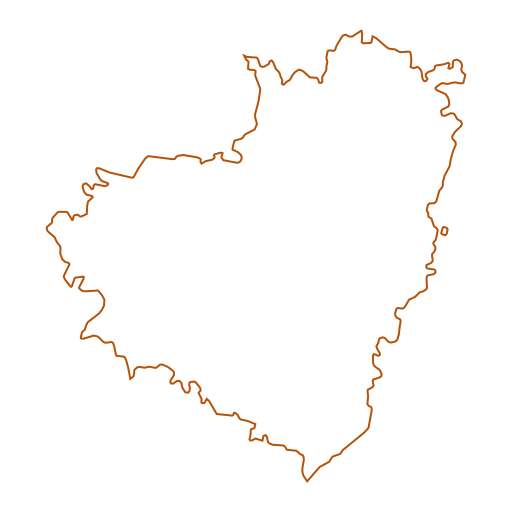 outline of Samara
{"feature_id": "RUS-2392", "entity_name": "Samara", "entity_type": "Region", "adm_level": 1, "iso_a3": "RUS", "parent_name": "Russia", "parent_adm1": "", "projection": "orthographic", "projection_center": [50.566, 53.218], "detail": "fine", "context": "isolated", "style": "outline", "palette": "amber", "viewbox_px": 512, "rotation_deg": 0, "n_neighbors": 0, "source": "natural_earth", "source_scale": "10m", "svg_char_len": 5909}
<svg xmlns="http://www.w3.org/2000/svg" viewBox="0 0 512 512"><path d="M361.2,30.7L361.6,30.9L362.2,34.5L361.8,42.3L363.3,43.3L370.7,42.9L371.5,42.0L372.6,36.3L376.4,38.3L386.5,47.2L389.1,48.7L395.1,49.4L398.7,51.6L401.0,52.2L408.8,51.6L410.3,52.3L411.1,55.8L411.3,61.3L410.6,67.0L413.9,68.3L417.3,66.8L419.8,68.7L421.4,71.2L422.5,78.6L424.0,81.1L425.8,81.1L427.4,79.2L427.3,78.5L425.9,76.7L425.8,74.1L428.4,71.9L432.6,70.5L434.0,69.5L434.7,68.6L434.7,66.9L435.6,65.6L443.9,64.3L448.3,62.8L449.5,64.0L448.4,68.1L449.8,68.8L452.5,67.3L452.9,66.3L452.9,61.8L453.8,60.4L456.9,59.6L459.8,61.1L461.2,62.7L461.7,64.2L462.0,65.6L461.3,69.8L461.9,71.7L465.3,74.8L463.4,82.8L461.2,83.5L454.6,82.3L447.5,84.0L442.2,83.1L440.2,84.1L435.5,87.7L435.5,88.6L436.8,90.2L445.6,94.1L447.7,97.1L448.8,100.0L449.3,104.4L448.2,106.6L442.1,109.6L441.1,110.7L441.5,113.9L442.2,115.4L444.8,115.9L450.8,113.2L453.5,113.6L454.7,114.6L457.3,119.2L460.9,121.3L461.7,122.9L461.8,124.1L460.9,126.3L455.2,131.6L452.2,136.4L452.5,138.7L455.4,141.9L455.8,144.6L452.9,151.6L450.6,160.1L449.6,166.3L444.7,175.4L442.7,182.9L442.9,184.9L442.3,187.0L439.3,190.8L436.2,201.6L434.3,203.2L429.7,203.4L428.8,203.9L428.0,204.9L426.9,209.0L426.9,211.0L428.1,212.5L428.4,216.6L431.4,218.6L434.0,226.3L436.9,228.5L437.7,230.2L436.2,238.3L435.4,240.3L433.4,242.4L433.5,244.1L435.1,246.4L435.4,248.8L434.8,250.9L432.1,254.1L432.1,256.3L432.7,259.6L432.5,261.4L430.8,263.1L426.5,265.1L426.2,266.9L427.1,268.3L428.0,268.6L434.5,269.5L435.4,270.7L435.5,272.4L433.9,274.1L427.9,275.4L426.8,276.7L426.5,279.2L427.0,287.2L426.8,288.5L426.1,289.4L423.4,291.2L419.6,292.4L414.9,297.0L409.1,299.7L405.0,306.6L403.7,307.9L402.6,308.6L397.6,308.0L396.2,309.1L395.1,313.6L395.4,315.8L396.9,317.8L400.1,319.3L400.5,320.3L400.5,322.4L399.8,325.8L398.8,334.7L397.1,340.1L395.1,341.6L390.6,342.6L388.4,341.8L384.8,338.0L382.5,337.3L379.6,338.4L378.8,340.1L378.3,342.9L376.4,346.2L377.2,348.8L379.9,353.4L379.9,354.9L378.3,355.8L373.9,354.1L372.9,355.8L373.0,362.3L373.5,364.6L375.0,366.6L379.4,369.7L380.6,371.6L381.7,374.5L381.1,376.4L379.6,377.4L373.1,379.6L372.7,381.3L373.6,385.3L373.1,386.3L372.2,387.4L367.8,389.7L367.6,391.4L368.1,396.7L367.4,404.0L368.4,405.6L371.3,407.3L371.8,409.8L368.5,427.9L364.2,432.6L342.9,450.0L340.0,454.0L333.3,456.3L331.8,457.5L329.0,461.9L319.6,467.0L307.2,481.3L303.6,476.0L302.5,472.5L302.3,468.7L303.8,460.0L303.7,457.4L302.8,455.3L299.8,453.9L298.2,452.1L296.0,450.7L287.3,449.8L286.5,449.3L285.1,446.8L283.4,445.5L272.4,444.7L269.3,443.3L267.9,441.9L266.9,436.7L265.7,435.2L263.6,435.8L262.4,440.7L255.4,438.5L252.1,440.4L250.1,440.4L249.5,439.3L250.4,435.7L250.9,429.4L254.4,428.1L255.3,424.1L247.5,420.9L240.8,419.5L239.2,418.1L237.8,415.0L235.0,412.7L233.9,412.9L233.3,414.9L232.2,415.6L216.7,414.0L209.2,401.1L206.7,398.9L204.7,402.6L204.0,403.1L202.0,403.1L201.4,402.4L201.5,398.6L198.8,393.6L198.7,392.7L200.6,390.4L200.5,389.1L199.6,387.1L195.5,382.2L194.2,381.6L190.8,381.9L189.5,382.7L189.1,384.1L189.9,388.2L189.5,390.9L188.1,392.7L185.3,392.3L182.3,387.6L181.4,382.9L179.4,380.8L177.0,381.0L173.2,383.6L171.2,383.5L170.6,382.9L170.3,382.2L170.6,380.5L174.0,374.9L173.9,372.3L173.1,370.9L167.8,366.9L162.4,364.6L160.2,364.6L155.8,367.9L149.0,366.7L144.7,367.7L139.4,366.9L137.2,367.4L134.4,369.9L134.0,374.5L133.4,376.4L130.3,378.9L128.2,367.6L126.4,361.0L125.1,357.9L124.0,356.7L116.4,355.7L115.8,354.3L114.3,346.7L113.2,343.3L112.4,342.4L111.5,342.0L105.6,342.8L103.4,342.0L99.2,337.7L96.9,336.2L93.6,335.6L83.6,338.7L81.1,338.5L80.7,337.7L82.0,332.3L85.0,329.3L86.1,325.5L87.8,322.2L99.1,313.4L101.8,310.0L104.0,305.7L104.4,299.8L102.0,295.2L98.0,290.5L85.8,291.3L82.6,291.0L79.7,289.0L79.1,287.8L79.2,287.2L83.5,278.8L83.8,277.0L83.2,276.6L75.1,277.7L74.3,279.1L71.9,286.2L71.1,286.8L70.3,286.4L64.8,279.2L63.8,277.0L64.1,275.3L65.6,272.1L69.4,264.6L69.2,263.6L68.7,263.0L65.2,261.9L62.7,259.8L61.9,258.3L60.3,253.6L60.5,248.0L60.1,246.2L57.0,242.3L54.6,237.2L48.6,232.1L47.0,230.1L46.7,227.7L47.6,226.4L51.6,223.1L52.2,221.7L52.0,219.6L52.6,217.9L57.6,212.3L59.4,211.8L66.6,211.9L67.6,212.5L72.2,220.1L72.9,219.6L73.6,216.2L74.7,215.2L77.8,214.7L79.9,216.4L81.1,216.6L86.8,214.0L87.2,205.6L88.0,201.6L92.7,197.3L92.2,196.2L91.4,195.8L86.8,194.8L84.7,192.8L83.5,190.3L82.6,186.5L83.2,184.4L86.1,183.3L89.0,185.7L91.7,189.1L92.4,189.1L93.3,188.1L93.8,185.3L95.1,184.2L105.0,186.2L107.6,185.1L108.1,184.2L108.1,183.5L107.4,183.0L102.3,181.2L100.5,179.8L96.6,173.2L96.1,169.6L97.1,168.2L99.3,168.3L109.5,172.5L131.3,177.6L133.5,177.4L138.2,168.7L145.0,158.8L148.1,156.1L172.6,159.2L175.0,158.8L176.2,156.9L177.7,155.9L183.1,155.0L196.5,157.2L199.3,158.2L200.7,159.2L200.5,162.1L201.5,163.6L205.8,161.1L212.1,159.8L213.9,158.5L214.7,157.3L214.0,155.5L214.5,154.4L220.7,152.6L222.6,153.2L221.6,156.0L221.5,157.6L223.3,160.2L237.1,162.8L239.5,162.1L240.7,160.9L241.6,158.8L241.7,157.1L240.8,154.9L238.1,152.2L232.6,149.7L232.6,148.0L234.2,141.5L234.7,140.6L241.4,138.7L243.3,137.1L243.8,136.0L245.3,134.3L254.6,129.5L257.0,124.0L255.2,117.6L255.1,114.1L258.6,101.1L260.2,90.0L260.1,88.4L255.2,75.6L255.6,70.9L254.2,70.1L249.3,69.6L248.0,68.8L248.5,62.2L248.2,61.3L246.0,59.4L244.2,55.7L246.9,56.9L256.6,57.6L257.9,59.1L260.2,65.9L262.0,66.9L264.2,66.6L268.1,64.4L268.7,64.0L269.8,61.3L271.7,60.5L273.4,62.8L275.8,68.9L278.5,71.5L279.7,73.5L280.6,76.6L282.3,80.1L281.9,83.7L283.1,84.6L283.8,84.6L286.2,82.1L290.0,79.8L292.4,75.3L294.9,72.2L298.0,70.1L299.7,69.7L303.0,71.1L309.9,77.4L316.8,77.8L318.2,79.6L319.1,82.6L321.2,82.9L322.3,81.8L322.1,77.9L322.4,76.7L326.1,70.6L326.4,68.9L326.5,65.9L327.4,61.6L326.3,57.9L327.6,51.3L329.3,50.3L333.5,50.9L335.1,49.9L336.5,45.9L338.1,43.0L341.8,36.9L343.4,35.3L345.9,34.7L349.1,36.5L352.3,36.5L361.2,30.7ZM443.7,227.0L446.5,227.7L447.6,229.2L446.9,232.9L446.3,234.4L445.3,235.2L442.3,234.3L441.2,233.3L442.7,227.7L443.7,227.0Z" fill="none" stroke="#b45309" stroke-width="2"/></svg>